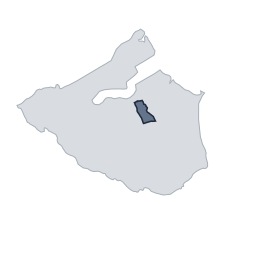 Malem Hodar, Kaffrine, Senegal shown in context, rotated 149°
{"feature_id": "50182788B13883389428586", "entity_name": "Malem Hodar", "entity_type": "district", "adm_level": 2, "iso_a3": "SEN", "parent_name": "Senegal", "parent_adm1": "Kaffrine", "projection": "equal_earth", "projection_center": [-15.234, 14.358], "detail": "fine", "context": "in_parent", "style": "filled", "palette": "slate", "viewbox_px": 256, "rotation_deg": 149, "n_neighbors": 0, "source": "geoboundaries", "source_scale": "gbopen_adm2", "svg_char_len": 4783}
<svg xmlns="http://www.w3.org/2000/svg" viewBox="0 0 256 256"><g transform="rotate(149 128 128)"><path d="M186.8,116.6L189.4,122.5L188.9,125.3L188.3,129.4L189.8,132.4L191.5,134.4L192.7,136.2L194.0,138.6L194.3,143.6L194.1,147.1L194.9,148.7L195.7,150.7L195.6,152.4L195.1,153.9L193.5,155.9L193.2,159.6L195.9,164.1L197.6,166.5L197.6,167.9L198.0,169.4L199.3,171.2L200.1,170.8L200.9,169.3L201.3,168.3L203.6,168.8L204.6,169.2L206.1,172.2L206.7,174.1L207.0,176.5L208.6,179.6L209.9,181.7L210.2,183.1L211.4,184.9L210.7,188.9L210.8,191.0L210.0,196.4L209.8,199.0L209.9,199.9L211.7,201.9L211.5,204.6L209.7,204.1L206.5,203.8L200.1,205.2L197.9,204.6L193.7,204.8L190.7,205.6L187.0,207.4L184.0,207.0L182.4,205.6L180.3,205.7L178.0,204.9L175.4,203.6L173.1,202.9L170.7,200.4L169.5,199.9L168.7,200.6L168.0,201.4L167.3,201.9L165.9,201.5L165.4,199.8L165.9,198.1L166.0,196.9L165.3,196.2L163.8,196.0L161.4,196.0L157.4,195.5L156.5,195.2L147.7,194.7L138.6,194.7L130.8,194.6L121.1,194.6L114.2,194.5L107.8,194.5L102.8,197.8L97.5,201.5L90.2,203.4L81.9,202.7L79.3,203.2L76.5,204.8L74.5,206.0L71.7,206.7L68.0,206.1L66.5,206.4L65.5,204.8L64.5,202.1L65.2,200.2L67.4,198.9L70.8,197.3L72.6,198.1L73.6,198.1L73.8,197.1L73.5,196.5L70.9,195.1L69.6,193.2L68.5,194.3L67.5,196.6L66.8,197.3L65.6,198.0L64.9,196.4L64.7,194.9L65.2,193.7L64.9,187.1L65.3,183.5L65.1,180.4L66.7,178.4L68.2,177.1L74.2,177.0L79.7,176.9L85.0,177.0L90.4,177.0L90.9,170.9L92.7,170.4L95.2,169.7L100.0,169.0L105.3,168.3L106.5,167.1L107.3,165.0L107.9,163.2L109.0,162.4L110.5,163.0L112.4,164.0L114.5,165.5L116.8,166.9L118.3,167.7L122.0,169.9L128.4,172.9L133.6,174.1L139.9,171.9L144.5,170.5L145.0,167.8L144.3,165.3L140.9,162.9L136.3,163.1L134.9,163.8L132.7,164.6L131.4,164.9L129.3,164.3L126.5,162.3L124.8,160.2L122.3,159.3L119.5,158.3L114.8,154.0L112.4,153.3L110.2,153.1L105.8,153.9L101.5,156.2L99.2,161.3L95.0,161.2L85.9,161.1L77.5,160.9L70.6,161.3L69.9,157.5L68.3,154.6L65.7,152.0L65.1,149.7L66.0,147.6L68.5,145.9L69.1,144.7L67.8,144.9L65.8,146.0L64.4,146.0L64.3,142.8L62.0,138.6L59.5,131.5L56.7,128.5L54.3,122.8L51.8,120.6L49.4,119.6L47.5,119.8L46.7,122.4L44.3,118.6L47.7,117.3L54.9,112.5L63.1,99.0L70.6,82.9L71.5,79.1L72.4,76.3L73.0,69.7L74.1,65.8L75.1,65.1L76.4,62.1L77.9,56.9L79.6,54.0L81.5,53.4L83.0,53.6L84.0,54.7L87.2,55.4L92.3,55.6L96.3,54.9L99.1,53.0L102.8,52.1L107.4,52.1L109.8,51.3L110.0,49.8L110.6,49.4L111.6,50.0L112.5,49.7L113.3,48.7L114.2,48.6L115.0,49.5L118.8,49.8L125.7,49.4L132.0,52.2L137.8,58.0L140.8,62.0L141.0,63.9L141.9,65.9L143.7,67.9L145.3,68.2L146.7,67.0L147.8,67.1L148.6,68.6L150.3,69.0L152.1,68.0L153.4,68.3L153.7,69.3L154.0,69.7L154.9,69.9L156.1,71.1L157.8,74.2L159.2,78.6L160.2,84.2L161.6,87.2L163.4,87.7L164.4,88.8L164.6,90.2L165.1,91.1L165.9,91.6L167.4,91.3L169.1,93.2L171.0,97.3L171.3,99.1L171.0,100.1L171.1,100.8L172.3,101.5L173.5,102.9L174.5,104.9L176.5,106.7L179.7,108.3L182.0,110.6L183.4,113.7L186.3,116.4L186.8,116.6Z" fill="#d9dde1" stroke="#a8b0b8" stroke-width="1"/><path d="M100.4,124.9L100.5,125.0L102.3,129.8L103.3,131.8L103.0,133.7L103.0,133.8L102.3,134.2L101.7,134.6L101.3,135.0L101.0,135.4L101.1,136.2L101.3,137.0L101.4,137.5L101.2,137.9L101.0,138.2L101.2,138.8L101.3,139.4L101.6,139.7L102.2,140.2L102.0,140.6L101.8,142.1L101.6,142.7L101.8,143.1L101.7,143.7L101.7,144.2L101.7,144.3L101.8,144.3L102.0,144.4L102.1,144.5L102.3,144.5L102.5,144.6L102.8,144.7L103.0,144.8L103.3,144.8L103.5,144.9L103.6,145.0L103.8,145.0L104.0,145.1L104.3,145.3L104.5,145.4L104.7,145.5L104.8,145.5L105.0,145.6L105.2,145.8L105.3,145.8L105.5,146.0L105.8,146.1L106.0,146.2L106.1,146.3L106.3,146.2L106.3,146.3L106.5,146.3L106.8,146.3L107.0,146.3L107.3,146.3L107.5,146.3L107.8,146.3L108.0,146.3L108.3,146.3L108.5,146.3L108.8,146.3L109.0,146.3L109.3,146.4L109.5,146.4L109.5,146.2L109.4,146.1L109.4,145.9L109.4,145.5L109.4,145.3L109.6,145.0L109.7,144.7L109.9,144.3L109.9,143.6L109.9,142.9L109.9,142.1L110.0,141.8L110.0,141.3L110.0,140.8L110.1,140.5L110.3,140.0L110.4,139.7L110.5,139.5L110.8,139.1L110.9,138.9L111.1,138.6L111.2,138.4L111.3,138.2L111.4,137.8L111.5,137.6L111.6,137.3L111.6,137.1L111.6,136.9L111.5,135.9L111.5,135.5L111.5,135.0L111.4,134.1L111.4,133.5L111.4,132.6L111.4,132.2L111.4,131.8L111.4,131.5L111.4,131.3L111.4,130.9L111.3,130.5L111.3,130.1L111.3,129.6L111.5,128.5L111.6,128.3L111.6,128.2L111.6,127.8L111.8,127.3L111.9,126.4L112.1,125.7L112.2,125.0L112.3,124.5L112.4,123.9L112.0,123.7L111.6,123.6L111.2,123.6L110.8,123.5L110.3,123.3L109.8,123.2L109.3,123.1L108.7,123.0L108.4,122.9L108.0,122.8L107.7,122.7L107.3,122.6L107.0,122.5L106.7,122.4L106.2,122.3L105.8,122.2L105.4,122.1L104.9,122.0L104.7,121.9L104.2,121.6L103.7,121.2L103.2,120.9L102.6,120.6L102.0,120.3L101.5,120.1L100.9,119.8L100.9,120.0L100.8,121.0L100.7,122.0L100.6,123.0L100.5,124.0L100.4,124.9Z" fill="#64748b" stroke="#1e293b" stroke-width="1.5"/></g></svg>